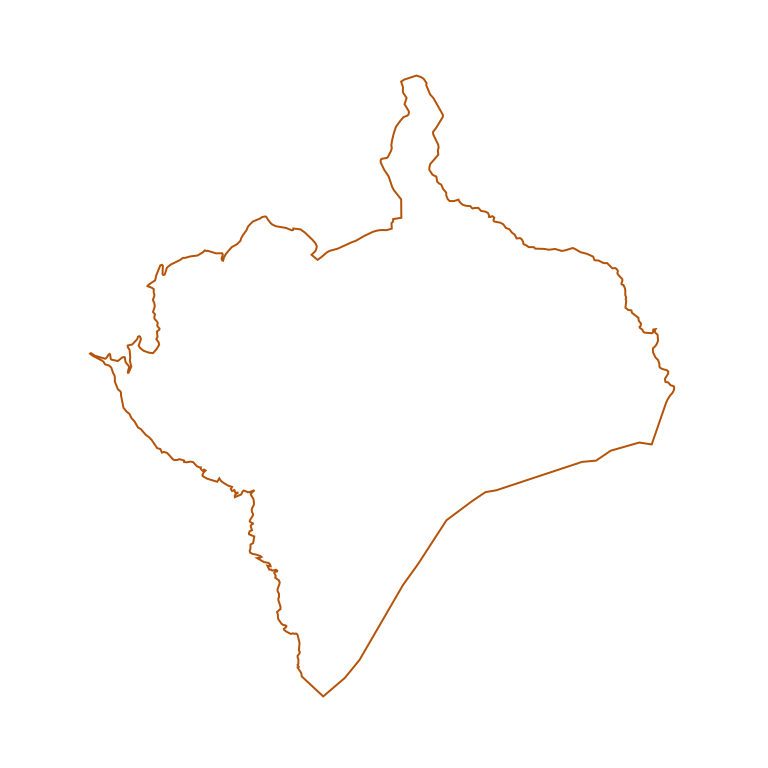 Orsova, Mehedinti, Romania (Robinson projection), rotated 352°
{"feature_id": "2599482B96117970441540", "entity_name": "Orsova", "entity_type": "district", "adm_level": 2, "iso_a3": "ROU", "parent_name": "Romania", "parent_adm1": "Mehedinti", "projection": "robinson", "projection_center": [22.398, 44.731], "detail": "fine", "context": "isolated", "style": "outline", "palette": "amber", "viewbox_px": 768, "rotation_deg": 352, "n_neighbors": 0, "source": "geoboundaries", "source_scale": "gbopen_adm2", "svg_char_len": 6151}
<svg xmlns="http://www.w3.org/2000/svg" viewBox="0 0 768 768"><g transform="rotate(352 384 384)"><path d="M468.0,91.9L465.7,87.2L463.6,85.4L459.2,83.1L446.6,85.3L443.0,86.9L444.1,92.5L443.4,96.8L443.6,98.6L446.1,103.6L446.0,104.4L443.3,109.7L446.3,116.9L446.6,117.9L446.0,120.1L445.1,121.1L443.8,121.7L440.5,122.4L436.8,125.6L431.6,131.0L428.6,137.1L426.0,143.6L424.5,148.5L424.5,151.7L423.3,154.3L419.4,159.8L418.1,160.5L413.3,160.7L412.4,161.1L411.8,162.1L411.6,164.4L413.9,171.6L417.6,179.4L419.4,189.5L420.7,193.3L426.7,203.6L424.3,221.8L416.0,222.0L415.6,224.4L413.8,225.8L413.3,231.2L408.1,232.0L402.2,231.1L398.9,231.1L394.4,231.7L385.1,234.6L375.7,238.4L372.7,238.9L356.7,243.6L348.6,244.6L345.8,245.7L339.5,249.7L335.5,251.8L330.2,246.0L334.7,242.7L336.2,239.8L336.6,237.8L335.7,235.1L333.4,231.5L326.9,223.2L322.9,219.3L315.9,217.4L315.4,218.8L314.2,219.0L308.6,215.8L298.8,212.7L295.4,210.4L294.2,208.9L292.1,205.4L290.8,202.3L290.0,201.6L286.6,201.7L284.2,202.9L276.9,204.8L274.5,206.5L271.3,209.1L269.0,212.9L264.9,217.0L262.8,219.9L261.8,222.2L257.9,225.1L252.2,227.3L245.5,233.2L243.1,236.5L241.8,239.5L240.9,239.0L240.6,237.3L242.4,233.4L241.9,232.0L235.8,231.2L227.8,227.5L226.7,227.7L225.2,226.7L222.8,228.5L217.2,230.8L209.9,230.7L204.7,231.4L202.4,231.1L199.6,232.7L189.3,236.1L185.2,238.6L182.2,244.9L181.2,245.4L180.3,245.1L180.0,244.2L181.5,236.0L180.6,235.0L179.0,235.4L173.7,244.5L171.8,249.5L166.3,252.1L163.5,253.8L163.4,254.2L167.4,256.3L169.2,258.1L168.7,261.1L169.0,263.6L168.8,264.8L166.8,268.7L167.8,271.7L167.8,275.3L165.3,280.5L166.9,283.2L165.8,285.9L165.8,287.4L168.1,290.9L168.4,292.3L167.6,294.4L167.7,295.3L169.4,297.8L169.1,298.9L166.4,300.5L166.3,305.8L164.9,307.6L164.9,308.2L166.6,311.3L166.8,313.6L166.5,314.2L163.5,318.0L159.5,321.3L155.4,320.2L150.5,317.6L147.3,314.1L146.4,311.8L149.5,305.8L149.1,303.3L148.4,302.6L147.0,302.9L145.8,305.3L140.2,309.8L135.6,310.2L135.4,311.7L136.8,314.9L136.4,322.7L135.7,324.8L135.6,326.5L136.2,331.6L132.6,337.3L132.0,337.2L132.0,336.4L134.0,331.7L133.9,331.1L131.1,326.2L131.0,321.5L130.4,321.1L128.3,321.4L123.6,324.2L117.4,321.9L116.9,321.0L116.9,316.6L116.4,316.0L115.5,316.4L112.7,319.6L111.4,320.2L101.5,315.7L98.4,312.9L97.9,312.6L97.1,313.1L99.6,315.6L107.9,321.5L109.3,322.9L110.5,325.7L114.4,327.5L116.2,329.8L117.3,335.5L118.3,338.1L118.4,339.6L117.8,344.3L119.8,352.3L121.9,354.5L122.3,356.1L122.0,358.7L122.7,371.3L125.4,375.7L127.6,377.9L129.2,382.6L131.8,386.4L134.3,392.8L136.9,394.8L141.0,401.2L144.1,404.2L146.2,407.2L150.5,416.0L153.5,417.3L154.5,421.0L156.8,420.7L159.8,422.2L164.3,429.0L165.8,430.2L168.7,430.5L170.9,429.9L175.4,432.0L175.2,433.5L177.9,434.1L181.5,433.9L184.1,434.8L187.1,439.2L190.1,441.2L191.0,441.1L190.8,442.7L192.0,444.4L192.6,444.9L193.9,443.7L195.3,444.9L193.1,446.4L191.6,448.8L191.5,449.7L192.1,450.4L195.8,453.2L205.2,457.6L207.8,454.5L208.9,457.0L210.4,458.7L215.1,462.7L219.2,464.8L217.7,466.7L218.7,468.9L221.1,468.2L221.7,471.2L223.8,471.1L223.9,471.6L221.9,472.4L220.6,473.9L220.6,475.3L227.2,473.5L229.1,470.7L230.4,470.0L234.4,472.3L236.0,472.3L240.1,471.3L240.3,471.6L236.8,474.0L236.8,475.3L238.7,479.7L238.7,483.8L238.3,485.5L236.3,488.3L235.4,490.5L235.6,492.8L236.1,494.2L236.1,495.6L232.3,500.3L231.9,501.2L232.2,501.9L234.9,503.9L234.6,504.4L233.0,505.0L232.2,506.0L232.9,510.4L230.5,511.1L229.5,512.9L229.5,514.1L234.3,516.9L232.3,523.3L229.5,524.4L228.8,528.4L227.8,530.5L227.9,532.3L230.3,534.0L233.6,535.1L237.8,537.3L238.6,538.2L236.8,538.8L234.2,538.8L240.3,543.6L244.5,545.0L245.4,545.8L246.3,547.7L246.3,548.7L243.2,547.7L244.6,551.9L246.6,552.1L247.3,553.1L248.1,553.3L251.2,552.9L252.3,554.0L252.0,554.7L250.3,554.7L249.0,555.7L250.1,559.0L249.3,560.7L252.5,563.7L253.1,565.8L252.5,567.7L249.9,572.7L249.9,574.7L250.8,577.1L250.3,580.6L249.5,581.7L249.3,583.4L250.5,590.1L250.2,592.4L246.3,594.9L246.8,597.1L246.5,601.9L249.1,607.1L250.5,608.5L253.0,609.4L253.7,610.2L253.0,611.2L250.8,612.5L250.9,613.6L252.8,615.6L257.1,618.6L259.2,618.2L260.5,619.0L262.1,618.8L263.1,619.6L263.6,621.0L264.3,628.8L262.7,635.7L263.3,638.0L262.5,639.4L260.7,641.0L260.4,642.6L260.9,645.0L260.2,649.2L259.3,650.2L260.2,652.2L259.0,652.6L261.8,658.7L261.9,662.2L280.3,684.9L304.3,669.6L321.3,653.9L374.9,585.6L392.7,567.0L426.9,527.6L455.4,512.0L469.4,505.2L480.3,504.9L569.2,488.7L583.3,489.4L599.2,481.6L628.6,477.5L640.7,481.1L660.5,442.3L662.5,439.0L665.7,435.2L668.5,432.9L670.5,429.9L670.9,427.0L670.1,426.2L667.7,425.2L665.5,421.8L663.4,421.4L662.9,420.9L662.9,418.0L666.8,413.3L667.2,411.0L665.9,409.7L661.6,407.8L660.1,406.7L659.1,405.2L659.5,402.4L658.8,398.5L656.6,395.6L654.9,390.4L654.9,387.6L655.6,385.8L657.4,384.7L659.2,383.0L661.4,379.3L661.8,373.4L659.8,370.9L659.4,369.0L660.6,367.5L658.3,367.5L657.4,370.5L656.2,371.0L648.9,369.3L648.1,368.3L647.3,366.0L645.2,364.0L645.0,363.0L646.2,362.3L646.9,359.9L645.3,357.3L645.0,356.0L645.2,353.9L639.5,348.1L639.2,345.5L636.2,344.7L633.7,342.0L635.5,335.2L635.1,333.6L635.9,332.0L635.3,329.7L636.0,324.7L635.9,322.7L634.9,319.3L633.3,318.6L633.0,317.8L634.6,314.5L634.5,313.3L631.0,308.2L630.5,306.8L631.3,305.0L631.0,303.6L630.2,302.4L629.3,301.4L626.2,301.2L621.7,295.2L619.9,295.2L617.6,294.4L613.7,291.6L609.7,290.7L608.9,287.0L603.0,283.3L597.1,280.9L591.6,276.6L589.7,275.6L582.5,276.8L578.6,277.0L572.2,274.1L565.9,274.0L561.8,272.6L552.6,271.0L551.5,269.4L546.2,268.5L544.7,266.9L541.6,264.8L541.5,262.3L540.6,260.0L539.1,258.5L535.5,258.3L534.2,254.2L531.9,252.1L529.7,248.2L526.4,246.4L524.4,242.5L521.5,240.4L515.9,238.5L515.3,237.7L515.3,236.8L516.4,234.6L514.7,232.9L512.4,233.4L511.2,233.1L511.6,231.9L510.7,229.0L508.2,227.3L504.3,226.2L501.9,222.7L497.8,222.3L496.4,222.6L495.3,221.7L494.3,219.9L490.2,219.0L487.3,217.7L485.1,215.6L483.7,213.0L483.5,211.8L478.6,212.6L474.5,212.0L472.9,209.9L471.9,206.0L472.2,203.1L469.6,198.9L468.5,194.7L466.2,192.8L464.8,190.9L464.7,185.9L461.2,183.6L458.7,178.4L458.9,176.4L460.4,172.6L469.7,164.5L469.8,160.2L471.0,157.4L471.0,154.7L467.5,143.7L467.6,141.2L471.2,137.7L479.5,127.6L479.8,125.7L472.7,107.7L470.0,103.7L467.4,94.0L468.0,91.9Z" fill="none" stroke="#b45309" stroke-width="2"/></g></svg>